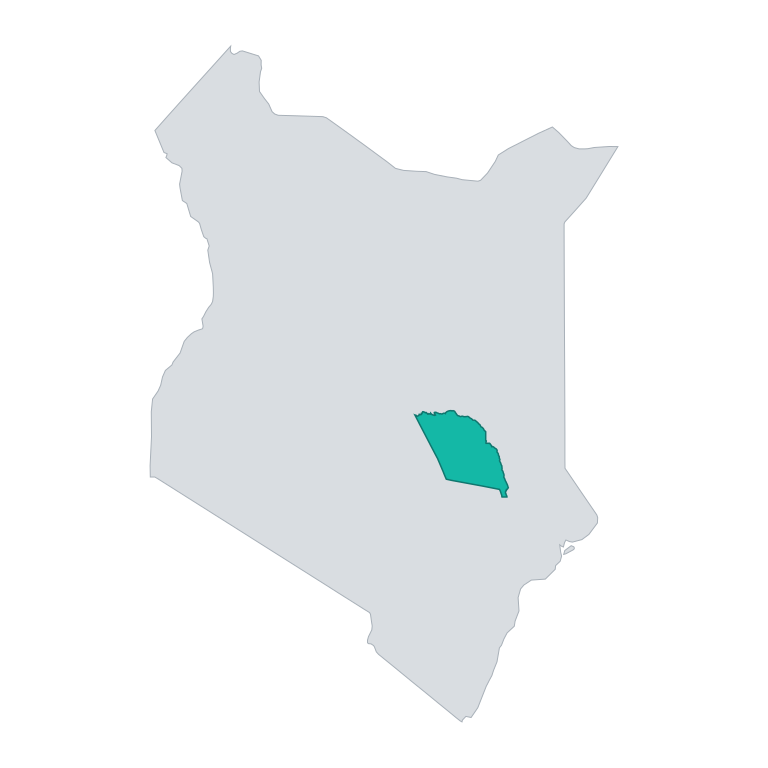 location of Bura, Coast, Kenya
{"feature_id": "3690345B15022807723985", "entity_name": "Bura", "entity_type": "district", "adm_level": 2, "iso_a3": "KEN", "parent_name": "Kenya", "parent_adm1": "Coast", "projection": "robinson", "projection_center": [39.288, -0.652], "detail": "fine", "context": "in_parent", "style": "filled", "palette": "teal", "viewbox_px": 768, "rotation_deg": 0, "n_neighbors": 0, "source": "geoboundaries", "source_scale": "gbopen_adm2", "svg_char_len": 7976}
<svg xmlns="http://www.w3.org/2000/svg" viewBox="0 0 768 768"><path d="M150.3,477.0L150.1,465.7L151.5,436.9L151.3,411.7L152.6,399.0L158.1,391.0L160.7,385.2L162.5,377.0L165.4,370.4L171.9,365.0L173.1,362.0L180.1,353.0L184.2,341.4L187.4,337.4L191.3,333.8L194.0,331.9L198.6,330.0L202.2,328.9L202.8,328.0L203.1,326.1L201.9,318.9L203.5,316.5L205.9,311.7L208.7,307.3L211.2,304.4L212.6,301.5L213.3,296.4L213.4,292.8L213.3,287.0L212.6,273.7L209.6,262.5L207.8,250.1L209.2,246.0L206.9,238.7L205.7,238.3L203.8,236.7L201.4,229.8L199.6,223.5L198.5,222.0L190.7,216.5L186.8,203.5L182.4,200.6L180.0,187.7L179.6,184.1L182.1,171.2L181.9,168.3L179.2,165.6L171.9,162.8L165.9,157.5L166.7,155.7L167.1,153.7L164.0,152.5L154.9,130.5L166.6,117.3L178.6,103.9L193.8,87.0L207.8,71.5L219.9,58.1L230.7,46.1L230.4,48.4L230.4,51.4L231.8,53.3L234.0,54.5L237.1,53.2L239.8,51.3L242.4,50.9L258.5,55.9L261.2,60.3L261.1,64.9L261.7,68.3L260.5,71.7L259.1,82.0L259.5,91.5L264.4,98.5L268.7,104.0L272.1,111.7L274.7,114.0L278.2,115.3L289.3,115.6L305.8,116.1L321.6,116.6L323.0,116.7L326.4,117.8L341.0,128.2L354.3,137.8L365.6,146.0L376.6,154.1L387.2,161.9L395.5,168.4L403.6,170.4L416.9,171.3L426.1,171.6L434.5,174.4L447.1,176.9L456.5,178.2L462.2,179.7L478.0,181.2L480.6,180.3L487.5,173.1L495.3,161.4L498.3,155.0L508.4,148.6L526.1,139.6L538.5,133.3L552.4,127.0L558.7,132.5L567.3,141.3L571.2,145.6L574.3,147.6L579.1,148.9L584.8,148.9L587.9,148.7L594.3,147.5L609.3,146.5L617.9,146.6L610.7,158.3L602.1,172.3L586.2,198.1L574.1,211.7L564.9,221.9L564.1,223.8L564.1,235.2L564.2,263.2L564.4,319.1L564.7,375.0L564.9,430.9L564.9,458.9L565.0,468.3L573.0,480.0L580.8,491.5L591.2,506.7L596.8,514.9L597.7,517.6L597.4,523.0L588.9,534.4L581.9,539.6L572.4,542.1L569.6,541.6L565.9,540.0L564.5,542.7L563.4,547.0L561.3,546.1L559.7,544.8L560.7,552.4L561.6,556.1L560.2,561.2L555.6,565.6L555.2,569.3L545.3,579.1L531.3,580.1L523.9,585.0L520.6,588.9L518.1,597.6L519.0,610.9L515.1,621.1L514.3,626.2L507.1,632.9L503.9,639.0L501.5,645.2L499.4,647.9L497.0,661.8L493.6,670.2L492.7,673.0L491.9,675.5L489.2,680.5L487.5,683.9L486.3,686.1L477.8,707.7L471.1,717.5L465.9,716.4L462.4,720.1L462.0,721.9L460.2,720.9L455.8,717.4L446.8,710.0L437.8,702.7L428.8,695.3L419.8,688.0L410.8,680.7L401.8,673.3L392.9,666.0L383.9,658.7L378.6,654.4L376.3,651.8L374.4,646.8L373.5,645.5L371.1,643.9L368.3,643.6L367.5,642.6L367.5,640.2L368.5,636.6L371.8,629.9L372.2,626.0L371.5,621.5L370.5,614.3L369.6,612.6L363.6,608.9L351.1,601.0L338.6,593.1L326.2,585.2L313.7,577.3L301.2,569.4L288.7,561.5L276.2,553.6L263.7,545.7L251.2,537.8L238.7,529.9L226.2,522.0L213.7,514.1L201.2,506.2L188.7,498.3L176.2,490.4L163.7,482.5L159.0,479.5L154.8,477.0L150.3,477.0ZM565.8,553.8L563.7,554.4L564.8,550.5L571.2,545.7L573.8,546.8L574.3,547.9L574.2,548.9L573.1,549.9L565.8,553.8Z" fill="#d9dde1" stroke="#a8b0b8" stroke-width="1"/><path d="M434.3,412.5L434.4,412.9L434.4,413.0L434.5,413.1L434.4,413.5L434.5,413.7L434.7,413.8L434.9,413.9L435.1,414.0L435.1,414.4L434.9,414.6L434.9,414.8L435.0,414.9L435.2,415.0L435.3,415.1L435.1,415.2L434.9,415.3L434.6,415.4L434.3,415.4L434.1,415.2L433.6,415.2L433.3,415.1L433.2,414.9L432.9,414.8L432.7,414.8L432.5,414.7L432.3,414.7L432.1,414.7L431.9,414.5L431.8,414.3L431.5,414.2L431.2,413.9L431.1,413.7L430.9,413.4L430.7,413.2L430.7,413.3L430.5,413.7L430.5,414.0L430.4,414.2L430.2,414.2L429.7,414.0L429.6,413.9L429.2,413.8L428.8,413.6L428.7,413.7L428.4,414.1L427.8,414.2L427.7,414.1L427.3,413.5L427.0,413.3L426.7,413.0L426.5,412.8L426.3,412.6L426.2,412.5L425.9,412.6L425.8,412.8L425.6,412.8L425.1,412.6L424.9,412.3L424.7,412.2L424.3,412.2L424.2,412.1L423.9,411.9L423.7,411.8L423.4,411.8L423.2,411.9L422.9,411.7L422.6,411.8L422.4,412.3L422.1,412.8L422.1,413.0L422.1,413.4L422.0,413.5L421.8,413.4L421.5,413.5L421.4,413.5L421.5,413.9L421.5,414.2L421.4,414.3L421.2,414.3L421.0,414.6L420.9,414.7L420.4,414.5L420.2,414.5L419.9,414.7L419.7,414.7L419.3,414.5L419.2,414.4L419.1,414.6L419.0,415.1L418.9,415.3L418.7,415.6L418.0,415.8L417.9,415.9L417.6,416.1L417.2,416.3L417.0,416.2L416.9,416.2L416.5,415.8L416.2,415.5L416.0,415.3L415.9,415.5L415.7,415.6L415.4,415.6L415.2,415.3L415.0,415.2L418.5,422.0L419.4,423.8L421.6,428.0L429.2,442.6L429.8,443.7L430.1,444.4L433.7,451.2L435.2,454.1L436.4,456.3L436.5,456.6L437.7,458.7L438.0,459.6L438.8,461.4L442.5,470.1L443.1,471.5L444.6,475.3L446.3,479.2L451.7,480.4L482.2,486.0L499.5,489.4L500.2,490.8L500.8,492.5L501.1,493.6L501.5,494.6L501.6,494.9L501.7,495.3L501.8,495.5L501.8,495.9L501.9,496.7L502.0,497.0L506.9,497.0L506.9,496.9L506.9,496.5L506.9,496.4L506.9,496.2L506.7,495.9L506.6,495.6L506.5,495.3L506.3,495.0L506.2,494.8L506.1,494.6L506.0,494.2L506.0,493.8L505.8,493.6L505.5,493.2L505.5,492.8L505.5,492.6L505.6,492.2L505.5,491.8L505.5,491.6L505.8,491.3L506.0,491.1L506.1,490.9L506.4,490.5L506.3,490.3L506.2,490.2L506.3,490.1L506.4,489.7L506.6,489.5L506.6,489.4L506.9,489.4L507.0,489.4L507.5,488.9L508.3,487.7L508.2,487.5L508.1,487.2L507.9,486.7L507.9,486.4L507.4,484.9L507.0,484.1L506.8,483.5L506.5,483.1L506.3,482.4L505.8,481.5L505.6,481.2L505.2,480.3L504.9,479.4L504.7,478.9L504.5,478.3L504.3,478.1L504.1,477.8L503.8,477.2L503.8,476.9L504.0,476.0L504.0,475.7L504.0,475.2L503.9,474.5L503.9,474.3L503.8,474.0L503.7,473.8L503.5,473.4L503.3,472.9L503.2,472.5L503.1,472.0L503.0,471.7L502.9,471.4L502.8,471.1L502.5,470.7L502.3,470.4L502.0,470.2L501.9,469.8L501.9,469.6L502.0,469.1L502.1,468.8L502.0,468.3L501.9,467.6L502.0,467.3L501.9,466.7L501.8,465.9L501.7,465.5L501.5,465.3L501.2,464.8L501.0,464.3L500.8,463.3L500.7,463.0L500.5,462.7L500.3,462.3L499.9,461.6L499.7,461.3L499.6,461.0L499.5,460.8L499.6,460.6L499.8,460.1L499.9,459.9L499.9,459.6L499.8,459.3L499.7,458.9L499.6,458.7L499.4,458.4L499.3,458.2L499.3,457.9L499.3,457.0L499.2,456.5L499.1,456.2L498.9,455.9L498.7,455.8L498.5,455.4L498.4,455.1L498.4,454.9L498.4,454.4L498.3,454.0L498.2,453.7L498.0,453.3L497.6,452.7L497.3,452.5L497.2,452.4L497.1,452.1L497.0,451.7L497.1,451.1L497.1,450.9L497.1,450.5L497.1,450.2L496.9,449.8L496.4,449.1L496.2,448.9L495.2,448.3L494.9,448.1L494.6,447.9L494.3,447.7L493.8,447.1L493.4,446.9L492.8,446.6L492.3,446.6L491.8,446.8L491.7,446.8L491.6,446.7L491.6,445.9L491.5,445.6L491.4,445.4L491.2,445.2L490.6,444.7L490.4,444.4L490.3,444.0L490.2,443.9L489.6,443.3L486.1,443.3L486.1,443.2L486.0,442.9L486.0,442.5L486.0,442.2L486.0,441.9L486.1,441.6L486.1,441.4L486.3,441.2L486.3,440.9L486.1,440.8L485.9,440.6L485.8,440.4L485.7,440.3L485.7,439.7L485.7,431.7L485.4,431.4L485.2,431.1L484.9,430.9L484.5,430.6L484.4,430.5L484.2,430.2L484.0,429.9L483.5,428.8L483.3,428.5L483.1,428.3L482.7,427.9L482.1,427.3L481.7,427.2L481.3,427.0L481.0,426.8L480.8,426.6L480.7,426.3L480.2,425.2L479.9,424.7L479.6,424.4L479.1,424.1L478.9,424.0L478.7,423.8L478.4,423.3L477.8,422.7L477.4,422.3L477.0,421.9L476.6,421.7L476.4,421.5L475.7,420.8L475.2,420.4L474.6,420.2L474.3,420.2L473.1,420.2L472.7,420.0L472.6,419.9L472.0,419.2L471.6,418.8L471.2,418.6L470.6,418.3L470.2,418.1L469.3,417.4L468.7,416.8L468.3,416.6L468.1,416.5L467.7,416.4L467.3,416.4L466.8,416.5L466.2,416.6L465.7,416.6L465.4,416.7L464.6,416.7L464.2,416.7L463.9,416.7L463.5,416.5L463.1,416.4L462.8,416.3L462.6,416.2L462.4,416.2L461.9,416.2L461.4,416.4L460.8,416.5L460.5,416.6L460.1,416.5L459.8,416.4L459.7,416.3L459.3,416.1L459.2,416.0L458.9,415.9L458.2,415.8L457.9,415.7L457.7,415.5L457.4,415.3L457.1,415.0L456.3,413.8L456.2,413.6L455.4,412.6L455.1,412.0L454.7,411.4L454.3,411.1L454.1,411.0L453.8,410.9L453.4,410.8L453.1,410.7L452.8,410.7L452.2,410.9L451.8,410.9L451.5,410.7L451.3,410.7L451.0,410.7L450.6,410.6L449.9,410.7L448.8,410.9L448.5,411.0L447.9,411.2L447.4,411.4L447.0,411.6L446.7,411.8L446.4,412.1L445.7,412.7L445.7,412.8L445.3,413.4L445.3,413.5L444.9,413.3L444.1,413.2L443.8,413.2L443.5,413.3L443.2,413.4L442.2,413.9L442.1,414.0L441.2,413.9L440.6,413.7L440.1,413.7L439.6,413.8L439.3,413.8L439.1,413.7L438.8,413.5L438.6,413.4L437.9,413.1L437.3,413.0L437.2,413.0L436.8,412.7L436.2,412.4L435.9,412.3L435.4,412.3L435.1,412.3L434.5,412.4L434.3,412.5Z" fill="#14b8a6" stroke="#0f766e" stroke-width="1.5"/></svg>